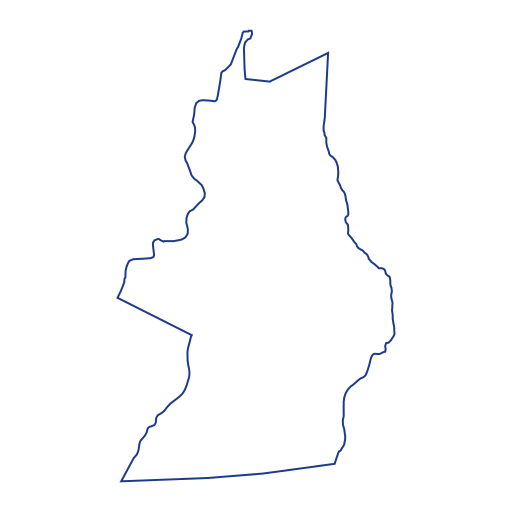 Delcer, Soufrière, Saint Lucia
{"feature_id": "8701671B85169170830121", "entity_name": "Delcer", "entity_type": "district", "adm_level": 2, "iso_a3": "LCA", "parent_name": "Saint Lucia", "parent_adm1": "Soufrière", "projection": "equal_earth", "projection_center": [-61.057, 13.802], "detail": "fine", "context": "isolated", "style": "outline", "palette": "blue", "viewbox_px": 512, "rotation_deg": 0, "n_neighbors": 0, "source": "geoboundaries", "source_scale": "gbopen_adm2", "svg_char_len": 6099}
<svg xmlns="http://www.w3.org/2000/svg" viewBox="0 0 512 512"><path d="M251.6,30.8L248.9,30.7L248.5,31.4L243.7,31.6L242.7,32.8L241.5,37.9L238.0,47.2L237.0,48.5L235.2,52.9L230.9,64.3L227.3,68.0L224.9,70.3L222.8,71.2L221.4,72.6L220.4,80.0L219.3,87.0L217.7,96.0L216.9,99.5L215.8,100.8L214.8,101.3L209.6,100.6L202.9,100.2L199.0,100.8L196.2,103.2L194.7,107.8L194.3,112.7L194.0,115.2L192.6,121.9L194.1,124.9L195.0,127.5L195.2,130.5L195.0,132.8L194.1,137.9L192.8,141.6L191.4,144.1L187.1,150.8L185.7,153.4L184.8,156.5L185.5,160.3L187.3,163.6L189.5,169.4L191.6,175.4L194.3,178.8L197.2,180.9L201.7,185.1L203.4,188.6L204.8,193.2L204.5,197.1L202.2,200.4L199.1,203.1L193.0,209.6L189.8,211.2L187.9,213.8L186.5,218.0L186.3,222.8L187.5,227.5L187.9,230.0L187.7,233.2L187.0,235.1L185.1,237.6L181.8,239.5L178.7,240.2L174.0,241.1L164.2,241.1L163.7,241.6L160.8,240.4L158.9,239.0L157.7,239.0L154.4,240.4L153.0,242.7L152.9,244.6L153.5,250.1L154.1,255.0L153.4,257.1L150.3,258.2L143.4,258.7L133.6,259.2L131.3,259.9L129.3,261.0L128.1,262.9L126.7,266.3L125.6,270.7L125.4,277.4L124.5,278.8L124.2,282.5L122.3,287.4L120.4,292.0L117.5,297.8L191.8,335.2L190.9,336.8L190.6,338.1L190.3,339.6L189.6,342.1L189.3,343.4L188.7,345.5L188.3,347.1L187.7,349.9L187.5,351.7L187.4,353.1L187.5,354.1L187.5,357.2L187.6,360.6L187.9,362.5L188.3,365.4L188.7,367.3L189.1,369.2L189.4,371.9L189.4,373.8L189.3,375.7L189.2,376.4L188.9,377.8L188.5,379.3L188.0,380.6L187.4,383.0L186.9,384.6L185.8,387.5L185.0,389.4L184.0,391.3L183.0,392.8L181.9,394.3L179.9,396.2L176.8,398.7L170.6,403.4L168.6,405.5L166.3,408.1L164.8,410.4L163.3,411.7L161.2,413.3L159.3,414.3L157.7,415.4L157.2,416.2L156.5,417.4L156.2,418.2L155.9,420.3L156.0,421.4L155.5,423.1L155.2,423.8L154.4,425.0L152.6,425.8L151.1,426.4L150.2,426.6L149.1,427.2L148.4,427.7L148.0,428.1L147.5,429.0L147.1,430.6L146.6,432.6L145.3,435.0L144.2,436.5L141.0,440.2L140.4,441.1L140.0,441.9L139.6,443.3L139.3,444.5L139.2,445.7L139.1,446.5L138.4,450.6L137.0,454.3L133.7,458.1L121.2,481.3L207.4,478.0L262.5,473.6L334.7,463.8L335.9,459.9L336.4,458.5L336.8,457.0L337.5,455.3L337.7,454.5L338.1,453.3L339.0,451.4L339.9,451.0L340.5,450.6L340.9,450.1L341.6,448.8L343.5,445.8L343.9,445.0L344.3,444.0L344.4,443.5L344.5,442.4L344.7,441.9L344.7,441.3L345.0,440.3L345.1,439.3L345.2,438.3L345.2,436.8L345.1,435.3L344.9,434.4L344.5,431.1L344.2,429.1L343.9,428.1L343.6,427.1L343.0,424.9L342.9,424.3L342.9,422.6L342.8,421.3L342.8,420.8L342.9,419.8L343.5,417.1L343.7,416.1L343.7,415.6L343.7,414.5L343.7,412.9L343.7,411.2L343.6,406.1L343.7,405.6L343.7,404.1L343.7,403.5L343.7,401.9L343.9,400.3L344.0,399.2L344.1,398.2L344.4,397.1L345.2,394.6L345.8,393.1L346.7,391.4L347.2,390.5L347.8,389.8L348.0,389.4L350.8,386.4L351.2,386.1L351.9,385.6L353.3,384.6L354.3,383.7L356.1,382.1L357.9,380.5L359.7,379.1L360.5,378.5L363.2,377.3L363.9,376.8L364.9,376.0L365.2,375.7L365.7,374.9L366.0,374.4L366.4,373.5L366.7,372.6L366.9,372.1L367.8,369.7L368.6,367.1L369.0,365.7L369.3,364.7L369.8,362.7L369.9,362.2L370.2,361.1L370.4,360.1L370.6,359.5L370.9,358.5L371.6,356.5L372.4,355.2L372.7,354.9L373.0,354.5L373.4,354.2L374.2,353.9L375.0,353.8L376.0,353.8L377.2,354.0L378.8,354.0L379.6,353.9L380.4,353.7L380.8,353.5L381.2,353.3L381.9,352.8L382.7,352.4L383.2,352.3L383.6,352.1L384.0,352.0L384.7,351.8L385.1,351.8L385.3,351.4L385.5,349.7L385.6,348.9L385.4,347.3L385.2,346.8L385.2,346.2L385.4,345.3L385.7,344.3L386.1,343.2L386.4,342.9L386.8,342.8L387.7,342.9L388.1,342.8L388.5,342.7L388.9,342.4L389.6,341.7L390.2,341.1L391.4,339.5L392.3,338.0L393.2,336.8L394.2,334.9L394.4,334.4L394.5,333.7L394.3,331.3L394.2,327.5L394.0,326.0L393.9,325.5L393.6,324.4L393.5,323.9L393.4,322.9L393.2,322.0L392.7,318.6L392.7,316.6L392.7,315.2L392.6,314.2L392.3,312.2L392.2,311.7L392.1,310.7L392.1,309.2L392.3,307.7L392.3,306.7L392.3,305.2L392.4,304.6L392.5,304.1L392.5,303.2L392.5,302.4L392.3,301.9L392.2,301.3L391.9,300.4L391.8,299.9L391.4,298.3L391.3,297.7L391.2,297.3L391.2,296.1L391.3,294.6L391.4,293.6L391.8,292.1L391.8,291.1L391.8,290.6L391.7,290.1L391.6,288.8L391.4,287.8L390.6,285.4L390.4,284.4L390.3,283.8L390.3,280.9L390.3,280.4L390.2,279.9L390.1,279.3L390.0,278.8L389.9,278.3L389.7,277.2L389.5,276.7L389.2,276.4L388.4,276.1L387.7,275.6L386.2,274.1L385.9,273.7L385.7,273.2L385.6,272.7L385.2,271.2L385.1,270.7L384.5,269.8L384.3,269.3L383.5,268.9L382.7,268.5L381.9,268.3L381.0,268.2L380.7,268.2L379.5,268.3L379.0,268.3L378.6,268.2L378.4,267.8L378.1,267.4L377.8,267.0L376.4,265.9L375.7,265.2L375.4,264.9L373.2,263.2L372.1,262.4L371.7,262.2L371.3,261.9L371.1,261.5L370.5,260.8L370.3,260.4L369.9,260.2L369.6,259.8L369.4,259.5L369.0,259.1L368.7,258.8L368.3,256.8L367.6,255.6L367.4,255.1L367.1,254.7L366.8,254.3L366.5,254.0L365.4,253.3L365.0,253.0L364.3,252.4L364.0,252.0L363.4,251.3L362.7,250.6L362.1,250.1L360.9,249.6L359.8,248.9L359.0,248.5L358.7,248.3L358.4,248.0L357.8,247.2L357.5,246.9L357.2,246.6L356.9,246.2L356.6,244.7L356.3,244.2L356.0,243.8L354.8,242.5L354.4,242.2L354.1,241.8L353.8,241.3L353.1,240.2L351.5,237.9L351.2,237.6L350.5,236.9L349.2,235.4L348.9,235.0L348.6,234.7L348.1,233.8L348.0,233.2L348.3,230.5L348.3,229.3L347.9,224.8L347.6,224.3L347.0,223.7L346.6,223.2L346.0,222.5L345.8,222.0L345.6,221.4L345.4,220.4L345.3,219.3L345.3,218.7L345.4,218.2L345.6,217.7L345.8,217.3L346.1,216.9L346.5,216.6L347.2,216.2L347.6,215.8L347.9,215.4L348.1,215.0L348.3,214.6L348.3,213.7L348.3,213.0L348.2,211.1L348.1,210.1L347.8,208.5L347.8,208.0L347.6,206.5L347.6,205.9L347.5,205.4L347.3,204.4L347.1,203.4L346.4,201.4L346.1,200.4L345.7,197.8L345.6,197.2L345.5,196.2L344.8,193.8L344.7,193.4L344.4,192.9L343.9,191.9L342.3,190.2L341.5,188.9L341.2,188.5L340.6,187.0L340.5,186.5L340.2,185.5L339.5,184.2L339.2,183.8L339.0,183.3L338.7,182.8L337.4,180.0L338.0,177.0L338.3,172.8L338.0,168.2L337.8,166.4L336.5,162.3L335.8,161.0L335.5,160.2L334.0,158.5L332.8,157.1L330.4,155.6L329.3,153.9L328.6,150.9L326.9,146.2L326.3,142.5L326.3,137.8L324.6,135.1L324.3,132.2L323.6,130.7L323.6,126.3L324.4,120.8L324.9,116.6L324.9,115.4L328.1,52.9L269.7,81.6L245.5,79.0L244.6,69.5L243.9,47.7L245.1,42.5L247.8,39.4L250.3,38.5L252.1,33.9L251.6,30.8Z" fill="none" stroke="#1e3a8a" stroke-width="2"/></svg>